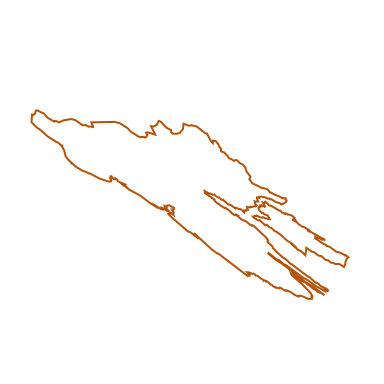 Leirfjord nor, Nordland, Norway, rotated 227°
{"feature_id": "86288312B95964377762384", "entity_name": "Leirfjord nor", "entity_type": "district", "adm_level": 2, "iso_a3": "NOR", "parent_name": "Norway", "parent_adm1": "Nordland", "projection": "natural_earth1", "projection_center": [13.007, 66.095], "detail": "fine", "context": "isolated", "style": "outline", "palette": "amber", "viewbox_px": 384, "rotation_deg": 227, "n_neighbors": 0, "source": "geoboundaries", "source_scale": "gbopen_adm2", "svg_char_len": 6000}
<svg xmlns="http://www.w3.org/2000/svg" viewBox="0 0 384 384"><g transform="rotate(227 192 192)"><path d="M295.7,183.6L311.6,165.9L307.5,164.4L307.0,164.1L307.2,163.5L308.8,162.8L310.1,161.1L313.8,159.8L315.1,157.6L324.4,155.6L327.7,153.4L331.9,147.1L333.8,141.9L336.1,141.3L337.8,139.8L337.5,139.3L344.9,137.0L350.3,137.2L357.5,134.3L357.9,133.9L357.8,132.9L356.6,131.2L356.4,128.8L357.8,127.9L352.5,122.2L345.0,122.5L340.8,123.5L331.2,124.3L321.3,126.9L319.3,127.9L314.9,128.0L314.8,128.6L314.2,128.7L313.0,127.7L309.9,127.0L304.1,123.9L299.5,123.5L296.2,123.8L295.3,123.3L294.7,123.9L290.9,124.1L281.4,126.6L280.3,127.7L275.7,129.3L275.3,130.0L265.1,133.4L256.7,138.0L255.0,140.1L255.5,140.9L258.0,141.5L257.8,142.2L259.0,143.0L258.4,143.8L256.3,143.3L254.9,143.5L254.1,144.0L254.8,144.7L254.3,145.3L252.4,145.8L250.2,145.1L242.9,148.4L243.0,147.4L244.7,146.2L243.3,146.3L240.8,147.6L239.5,147.6L239.6,147.2L236.3,147.8L224.6,151.7L212.4,153.8L206.2,155.4L207.7,155.8L199.9,157.8L201.8,157.5L198.1,159.1L200.7,159.3L200.2,159.6L194.8,161.0L194.4,161.5L195.1,161.5L193.8,162.2L197.8,161.8L198.8,162.0L198.6,162.3L200.8,162.0L200.5,162.2L200.8,162.5L198.5,163.4L198.9,163.8L199.0,164.9L197.9,166.2L193.1,167.9L192.6,168.0L192.0,167.4L192.0,166.2L192.9,165.3L190.0,164.9L189.5,164.6L189.5,163.5L188.0,162.9L191.1,162.3L190.7,161.7L192.1,161.0L192.2,159.7L188.4,159.8L167.6,161.9L164.7,162.6L164.2,163.3L153.1,165.0L160.5,165.2L159.9,165.4L136.5,167.3L129.6,168.6L129.3,169.2L91.5,175.6L93.1,175.8L93.1,176.3L91.6,177.1L92.2,177.8L95.6,177.7L93.6,179.4L91.1,180.2L90.6,181.2L89.2,181.8L87.6,181.6L85.9,182.9L82.7,183.0L79.4,184.2L78.6,183.9L78.7,184.4L77.2,184.8L77.4,184.9L77.1,185.3L73.6,186.4L72.0,186.0L69.5,187.1L68.6,186.9L65.3,187.9L65.6,188.1L62.1,189.9L62.3,191.0L61.4,191.5L57.3,192.5L56.0,193.2L56.4,193.4L55.9,193.9L51.6,195.9L46.8,196.9L43.3,198.4L42.8,198.7L43.3,199.3L41.5,201.1L34.0,204.5L32.0,207.1L34.0,208.0L33.5,208.7L33.1,208.2L33.4,208.8L36.8,209.7L35.7,209.9L50.1,209.6L63.2,208.2L64.9,208.9L53.9,210.6L52.5,211.3L53.4,211.4L51.5,212.2L51.6,212.6L50.0,213.0L45.4,213.4L44.2,214.2L42.4,214.1L40.7,214.8L40.4,214.4L38.7,214.6L35.5,215.8L32.7,215.6L33.8,216.0L31.6,216.7L31.8,217.2L26.1,218.5L41.0,215.9L50.0,213.2L52.7,213.1L58.6,211.6L67.2,210.8L77.9,209.0L85.3,207.0L95.8,205.6L95.3,205.7L95.3,206.5L87.1,207.6L82.4,208.7L82.7,209.2L76.2,210.0L74.5,210.9L54.7,214.6L47.8,216.7L38.5,218.5L29.5,221.4L30.5,221.6L26.6,223.9L30.0,223.4L26.2,224.4L29.4,224.3L33.2,222.9L32.6,222.8L36.0,221.9L38.5,222.0L41.1,221.2L41.6,220.5L49.1,219.9L53.0,218.7L71.4,215.6L72.3,215.0L76.1,215.0L80.6,214.4L81.8,213.8L92.2,212.9L94.0,213.2L95.7,212.8L96.5,213.5L98.8,213.7L103.3,213.1L104.3,213.3L104.6,214.6L107.2,215.2L125.4,214.0L126.9,213.2L126.6,212.8L128.3,212.2L133.0,211.6L138.7,209.3L143.2,209.0L143.2,209.6L144.4,209.2L145.5,208.8L145.2,208.1L146.3,207.3L148.0,206.8L154.8,206.4L158.0,205.5L158.0,204.9L162.6,203.7L169.3,202.5L170.9,202.8L170.1,203.4L171.4,203.2L182.3,200.7L184.1,201.9L178.9,203.6L178.5,204.3L175.5,205.5L174.9,206.7L173.1,206.6L169.7,207.6L169.4,208.1L166.4,208.3L165.0,209.0L165.0,209.5L158.0,210.0L156.8,211.2L150.4,212.6L150.6,213.4L147.3,214.8L146.3,215.9L141.6,216.3L142.7,217.6L141.9,217.8L142.0,219.1L141.5,219.1L142.0,220.4L141.1,220.8L143.6,222.0L141.5,223.6L141.4,224.8L140.4,224.9L138.6,228.8L138.1,228.8L138.1,229.7L138.1,230.1L140.6,230.2L142.3,231.3L141.5,231.5L141.5,232.3L139.9,233.9L143.4,235.3L143.7,235.7L142.6,236.5L143.1,236.5L142.9,237.3L142.0,237.7L142.2,238.7L140.7,240.1L137.6,242.2L135.7,242.8L134.3,244.2L133.1,244.2L132.6,245.1L127.2,246.6L124.1,248.6L122.3,248.6L122.2,249.3L121.6,249.4L121.5,250.6L121.0,250.8L120.7,253.9L121.2,254.4L121.1,255.3L123.7,256.2L124.0,255.3L125.0,255.0L125.8,253.8L129.5,252.8L133.3,250.7L137.2,249.6L138.3,248.7L142.7,249.1L148.5,245.2L149.6,245.1L157.1,242.1L162.3,242.7L163.0,244.9L163.5,245.2L170.2,246.0L173.5,247.7L177.8,247.8L180.2,246.7L184.3,246.6L185.5,246.0L186.0,244.0L189.3,243.2L191.4,242.0L194.0,242.6L199.4,242.5L200.4,241.5L202.2,241.2L204.0,242.8L206.6,242.8L208.8,243.8L213.1,244.1L215.2,242.3L213.5,240.5L216.3,240.5L224.3,242.8L225.9,241.8L236.7,240.1L241.5,237.0L241.9,235.6L242.6,234.9L247.7,232.4L244.2,228.4L243.5,223.4L245.0,220.6L247.9,217.6L250.0,217.5L251.6,218.9L256.8,217.1L264.7,217.1L266.6,216.2L265.2,211.9L266.0,208.6L268.0,206.9L259.0,204.3L266.0,200.2L266.7,198.8L264.1,198.2L263.4,195.2L265.7,193.9L267.2,191.9L269.1,190.7L277.5,188.5L282.8,188.4L291.2,186.2L295.7,183.6ZM37.7,261.8L41.1,261.3L41.3,260.5L42.8,260.4L46.9,258.8L49.8,256.8L57.5,255.4L60.1,254.3L60.6,253.5L61.9,253.8L66.0,252.3L72.4,251.1L73.2,250.5L74.2,250.6L75.1,251.5L73.7,251.8L71.6,253.8L68.4,254.5L67.3,255.9L65.8,256.3L67.8,256.4L68.3,255.9L82.1,251.6L83.4,250.5L84.7,250.4L84.9,250.7L84.4,250.6L84.2,251.6L84.7,251.5L90.5,249.8L91.3,249.1L95.8,248.0L98.0,248.1L102.7,246.7L103.1,247.7L100.8,248.4L103.3,249.0L103.4,249.4L106.6,249.0L109.5,247.5L109.9,246.7L111.7,246.4L112.1,245.6L112.6,245.6L112.4,245.2L115.3,243.9L118.5,243.7L119.0,243.1L128.1,240.4L129.5,239.2L131.8,239.4L134.7,238.9L134.5,238.3L135.0,238.3L134.9,237.5L136.1,236.6L131.5,235.5L131.7,234.9L133.5,234.9L133.0,234.8L134.4,233.7L135.2,233.7L135.1,233.0L133.4,233.2L134.8,232.5L134.8,232.1L135.3,232.1L135.0,231.7L135.5,231.6L135.0,231.6L135.4,230.9L135.0,229.6L132.6,228.8L129.1,228.7L129.1,229.1L127.9,229.8L126.6,229.6L123.2,231.4L119.2,230.4L122.3,227.9L125.1,226.8L125.2,226.0L126.8,224.6L130.5,223.3L130.6,222.6L132.0,221.6L131.7,220.6L132.5,219.7L131.8,219.6L126.1,221.0L125.2,222.3L117.7,222.8L117.5,223.2L117.9,223.5L116.8,224.3L112.8,224.7L111.6,225.6L106.9,225.8L106.1,226.4L100.5,227.6L91.5,228.4L85.8,230.0L82.8,230.2L83.8,229.5L76.8,230.1L76.4,230.7L73.2,231.5L68.4,231.8L73.2,237.6L66.9,238.9L64.4,240.4L59.8,240.9L56.6,243.0L51.6,243.3L49.1,245.0L45.6,245.4L43.8,246.9L41.6,247.7L38.9,250.7L33.5,252.0L34.6,254.7L36.1,256.4L37.2,258.7L37.9,261.1L37.7,261.8Z" fill="none" stroke="#b45309" stroke-width="2"/></g></svg>